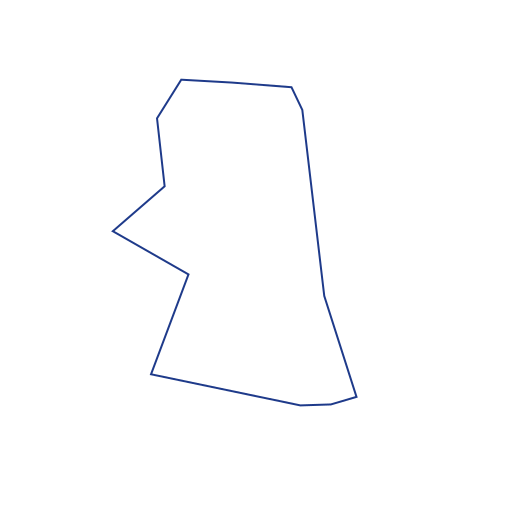 map outline of Ventspils (Natural Earth projection), rotated 126°
{"feature_id": "LVA-4852", "entity_name": "Ventspils", "entity_type": "Republican City", "adm_level": 1, "iso_a3": "LVA", "parent_name": "Latvia", "parent_adm1": "", "projection": "natural_earth1", "projection_center": [21.584, 57.407], "detail": "fine", "context": "isolated", "style": "outline", "palette": "blue", "viewbox_px": 512, "rotation_deg": 126, "n_neighbors": 0, "source": "natural_earth", "source_scale": "10m", "svg_char_len": 331}
<svg xmlns="http://www.w3.org/2000/svg" viewBox="0 0 512 512"><g transform="rotate(126 256 256)"><path d="M98.6,326.5L110.6,304.4L248.2,177.3L310.9,91.9L332.1,108.2L350.8,132.3L413.4,271.4L310.6,299.8L320.1,386.4L253.3,370.9L202.8,417.0L157.3,420.1L129.7,377.2L98.6,326.5Z" fill="none" stroke="#1e3a8a" stroke-width="2"/></g></svg>